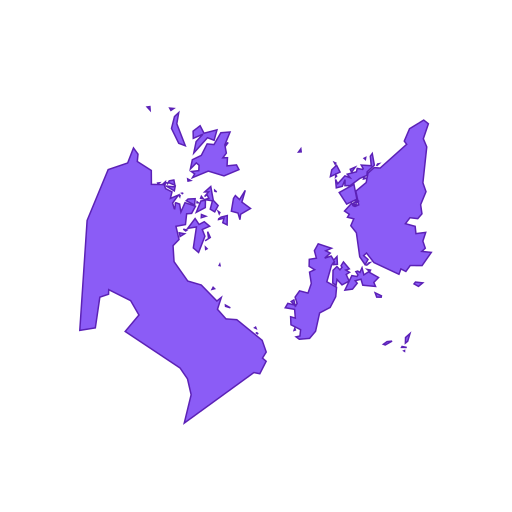 the district of Surigao del Norte, Surigao del Norte, Philippines, rotated 18°
{"feature_id": "2640588B80080860218245", "entity_name": "Surigao del Norte", "entity_type": "district", "adm_level": 2, "iso_a3": "PHL", "parent_name": "Philippines", "parent_adm1": "Surigao del Norte", "projection": "robinson", "projection_center": [125.793, 9.694], "detail": "fine", "context": "isolated", "style": "filled", "palette": "violet", "viewbox_px": 512, "rotation_deg": 18, "n_neighbors": 0, "source": "geoboundaries", "source_scale": "gbopen_adm2", "svg_char_len": 6223}
<svg xmlns="http://www.w3.org/2000/svg" viewBox="0 0 512 512"><g transform="rotate(18 256 256)"><path d="M125.4,374.0L120.2,343.4L127.6,337.9L126.3,333.5L150.6,337.2L162.9,348.3L154.9,368.2L218.4,386.0L228.8,394.0L237.2,408.0L239.4,437.1L290.0,367.5L296.0,366.8L298.2,353.0L293.7,351.1L295.4,344.2L287.9,334.3L257.4,322.5L246.9,325.1L235.8,318.6L235.8,306.2L232.7,310.9L212.9,300.5L198.8,300.9L179.8,286.7L173.9,271.8L177.7,264.1L170.7,252.5L179.2,247.9L177.0,237.3L181.6,235.4L183.1,227.4L172.0,227.2L171.0,237.4L167.3,230.2L163.3,230.1L162.9,230.6L163.6,232.7L164.1,236.2L163.6,236.2L160.3,231.4L163.4,222.0L156.8,227.7L156.3,221.0L149.2,219.9L146.5,216.5L134.4,220.2L130.0,207.0L113.9,202.8L112.3,195.6L106.1,191.1L105.2,207.2L88.7,219.5L84.4,274.4L111.4,381.2L125.4,374.0ZM379.1,77.0L373.5,74.9L362.7,87.5L361.5,100.9L364.8,103.2L346.9,134.0L341.1,135.4L336.9,142.6L338.1,152.1L330.9,163.5L337.9,175.6L334.9,178.3L332.9,178.2L330.7,176.2L326.3,185.9L331.8,187.5L331.0,190.9L337.5,190.4L336.8,197.9L344.3,202.9L354.9,224.7L362.5,230.6L363.6,224.7L358.2,222.4L360.2,219.0L370.2,225.8L397.6,229.2L397.8,223.5L403.3,224.4L405.6,217.4L416.9,213.8L421.6,198.4L412.3,200.4L414.6,196.3L410.1,190.3L410.1,181.1L401.2,185.3L398.2,178.6L388.1,179.1L390.6,172.0L398.3,170.5L400.8,164.6L396.7,156.3L397.8,142.3L392.1,134.8L384.7,99.5L378.9,92.8L379.1,77.0ZM325.4,225.3L311.4,225.2L309.9,232.9L314.1,239.4L307.7,242.7L309.7,249.4L316.0,250.9L311.9,254.8L317.1,265.1L316.9,275.2L308.2,275.7L305.9,283.0L309.8,288.5L308.8,291.5L305.6,286.1L303.5,288.4L308.0,290.7L300.9,291.2L299.8,296.2L309.2,294.8L312.6,302.9L307.7,303.1L310.5,310.6L321.2,312.3L322.5,318.5L319.1,320.5L322.9,321.8L332.4,317.8L335.9,309.2L334.1,290.5L342.4,282.0L344.4,270.1L342.3,260.9L331.3,258.6L330.7,241.8L332.2,236.5L332.6,240.2L336.0,238.7L333.2,231.5L331.2,235.9L327.5,232.8L322.0,236.8L325.7,230.3L320.7,229.5L325.4,225.3ZM193.0,146.1L184.5,149.6L181.6,163.0L174.9,164.5L172.9,177.2L165.7,184.1L166.7,193.5L170.5,185.9L173.8,187.3L175.2,192.5L168.4,195.6L172.3,196.9L171.4,201.1L184.4,190.0L200.8,189.7L213.1,179.1L209.3,175.4L200.6,179.2L198.5,171.3L194.1,172.9L196.0,167.3L192.0,159.9L193.0,146.1ZM334.9,122.6L333.9,125.8L337.7,134.5L328.0,137.0L331.0,139.8L330.7,140.7L325.2,141.4L325.5,144.9L317.5,150.0L321.3,152.5L315.8,152.3L311.4,162.0L308.0,158.6L311.3,166.4L316.6,163.0L317.1,155.8L318.8,161.6L323.8,160.0L330.8,150.1L336.6,145.0L335.7,141.5L340.5,133.0L334.9,122.6ZM360.5,234.5L359.9,239.5L357.4,238.9L355.8,240.0L358.8,242.5L358.4,244.3L353.2,245.0L351.1,261.0L358.0,257.7L360.7,250.6L358.0,248.9L363.0,245.6L366.6,250.8L379.1,248.0L376.2,244.7L379.2,238.6L367.9,236.3L364.4,240.6L360.5,234.5ZM190.4,246.8L193.9,267.7L200.3,270.4L201.3,253.0L196.7,247.4L202.7,242.0L196.2,239.4L192.1,243.6L186.5,239.2L182.5,250.8L190.4,246.8ZM179.9,148.1L168.6,155.3L162.6,149.4L157.6,156.7L160.0,163.5L167.9,156.5L163.7,165.7L165.0,177.3L173.3,158.5L180.4,158.9L179.9,148.1ZM341.0,234.6L339.9,238.9L341.3,240.2L340.1,243.2L336.2,241.0L333.7,245.8L337.3,258.0L341.2,259.1L340.3,253.3L346.7,256.9L352.3,251.1L347.5,245.7L350.0,242.6L345.7,241.6L348.7,239.4L341.0,234.6ZM225.5,196.9L222.9,207.4L217.7,204.9L216.8,208.2L218.7,221.0L225.6,220.7L229.5,226.4L228.5,221.0L236.1,212.5L225.9,209.1L225.5,196.9ZM327.0,157.6L315.5,169.9L326.2,178.6L334.4,170.8L327.0,157.6ZM138.2,143.5L135.4,148.5L136.2,160.8L147.7,172.7L154.7,173.0L139.8,154.7L138.2,143.5ZM191.5,203.9L187.4,210.9L191.1,209.7L188.7,215.3L190.6,212.9L193.3,215.7L189.7,218.2L197.5,217.0L198.0,225.6L203.1,226.8L204.4,219.7L198.2,216.3L191.5,203.9ZM190.7,218.6L186.6,220.7L185.7,232.9L192.8,225.6L190.7,218.6ZM304.6,144.8L301.4,150.7L302.2,157.5L310.0,150.2L304.6,144.8ZM216.2,226.4L210.8,229.8L209.0,232.2L209.1,232.9L213.9,229.9L214.1,234.6L218.9,235.3L216.2,226.4ZM156.3,215.6L148.9,217.2L158.2,219.3L157.6,214.7L156.3,215.6ZM180.4,220.3L173.8,222.8L172.6,225.0L181.9,226.5L180.4,220.3ZM154.4,209.1L150.3,211.3L149.8,213.2L157.0,213.7L154.4,209.1ZM426.4,282.2L423.4,287.3L425.0,292.7L426.6,290.2L426.4,282.2ZM422.9,230.0L415.7,231.5L414.9,233.7L419.9,234.7L422.9,230.0ZM202.5,247.8L205.5,254.1L202.9,257.3L206.8,252.5L202.5,247.8ZM380.7,254.2L383.5,257.8L387.8,256.5L387.6,255.1L380.7,254.2ZM247.6,313.2L242.1,312.1L242.6,313.3L247.6,313.2ZM411.7,294.9L407.1,296.9L404.4,300.6L406.4,300.7L411.7,294.9ZM181.2,256.9L175.9,257.6L177.8,260.9L181.2,256.9ZM363.8,231.0L366.4,227.1L365.6,227.5L363.8,231.0ZM322.9,140.8L318.8,144.4L321.0,146.9L322.9,140.8ZM132.2,141.1L128.2,142.0L130.1,143.8L132.2,141.1ZM196.0,233.7L191.3,233.4L192.1,236.5L196.0,233.7ZM427.6,296.4L422.9,296.9L422.7,297.9L427.6,296.4ZM266.8,143.0L265.5,140.2L264.3,144.0L266.8,143.0ZM146.9,213.4L145.4,216.0L146.5,216.2L146.9,216.7L147.7,217.1L146.9,213.4ZM108.9,146.7L106.4,147.9L110.3,150.1L108.9,146.7ZM182.3,252.7L178.6,252.9L181.4,253.9L182.3,252.7ZM188.3,217.9L185.6,216.1L185.5,218.3L188.3,217.9ZM170.6,204.4L167.2,203.8L168.2,205.8L170.6,204.4ZM369.3,234.0L366.0,234.4L369.1,235.8L369.3,234.0ZM194.5,156.7L192.6,158.7L193.1,160.7L194.5,156.7ZM207.2,264.2L205.2,263.2L206.1,265.3L207.2,264.2ZM337.3,147.8L334.4,148.4L334.4,149.6L337.3,147.8ZM336.7,176.1L333.3,176.6L333.0,177.6L336.7,176.1ZM226.7,299.9L224.9,299.0L224.5,301.3L226.7,299.9ZM198.8,207.2L196.4,206.2L196.7,207.0L198.8,207.2ZM208.2,225.8L206.3,225.2L208.0,227.3L208.2,225.8ZM335.9,173.3L334.0,174.2L334.9,175.0L335.9,173.3ZM278.5,324.9L277.6,323.8L276.9,324.7L278.5,324.9ZM330.2,130.4L329.9,128.4L328.6,129.7L330.2,130.4ZM316.3,314.2L315.2,312.8L315.2,315.0L316.3,314.2ZM344.5,130.2L343.2,130.9L342.8,133.0L344.5,130.2ZM335.6,172.2L334.1,172.6L335.0,173.1L335.6,172.2ZM140.5,217.7L141.4,216.3L139.9,217.0L140.5,217.7ZM281.2,328.9L279.5,328.9L282.1,329.7L281.2,328.9ZM184.7,223.2L183.2,222.6L183.4,223.6L184.7,223.2ZM308.0,155.1L306.8,154.2L307.3,156.4L308.0,155.1ZM303.2,143.0L301.5,142.8L302.9,144.2L303.2,143.0ZM165.1,222.0L164.1,222.2L165.2,223.2L165.1,222.0ZM149.8,214.0L148.5,214.0L149.5,214.7L149.8,214.0ZM167.3,218.7L166.1,219.2L166.6,219.5L167.3,218.7ZM224.8,276.3L224.1,275.1L223.9,276.4L224.8,276.3ZM426.5,300.0L425.9,300.5L426.7,300.7L426.5,300.0ZM333.0,176.2L333.1,174.6L332.3,175.7L333.0,176.2Z" fill="#8b5cf6" stroke="#5b21b6" stroke-width="1.5"/></g></svg>